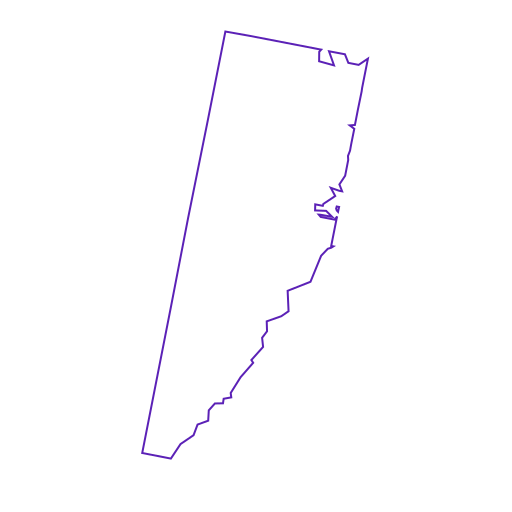 the district of Jefferson, Colorado, United States of America, rotated 11°
{"feature_id": "52423323B54822682121857", "entity_name": "Jefferson", "entity_type": "district", "adm_level": 2, "iso_a3": "USA", "parent_name": "United States of America", "parent_adm1": "Colorado", "projection": "orthographic", "projection_center": [-105.138, 39.522], "detail": "fine", "context": "isolated", "style": "outline", "palette": "violet", "viewbox_px": 512, "rotation_deg": 11, "n_neighbors": 0, "source": "geoboundaries", "source_scale": "gbopen_adm2", "svg_char_len": 1112}
<svg xmlns="http://www.w3.org/2000/svg" viewBox="0 0 512 512"><g transform="rotate(11 256 256)"><path d="M328.1,108.5L328.1,92.6L328.3,74.4L328.1,70.7L328.2,40.9L320.3,48.8L309.8,48.8L304.8,41.0L288.6,41.1L296.2,54.0L280.8,52.8L279.1,43.5L280.6,41.0L207.6,41.1L183.1,41.5L182.8,132.4L182.1,231.7L182.2,322.1L181.9,471.1L210.5,471.1L211.1,471.1L217.8,455.0L228.9,443.8L230.8,432.6L240.5,426.8L239.1,416.5L243.8,408.6L251.7,406.9L251.5,402.3L258.7,399.5L257.3,395.3L264.0,377.9L273.6,361.4L271.3,359.0L280.3,343.9L277.6,335.1L281.2,327.8L279.0,318.1L292.3,310.3L298.5,304.0L293.7,284.1L314.4,270.9L319.9,243.3L325.1,235.2L328.3,233.5L330.1,231.8L327.9,231.8L328.0,204.5L328.1,201.7L326.2,205.3L312.1,205.3L309.7,203.4L311.3,203.2L323.2,203.0L316.2,198.3L305.3,200.0L304.3,194.0L312.0,194.0L312.2,192.0L322.3,182.0L316.4,174.8L325.3,176.1L328.2,176.1L324.2,169.8L328.2,160.2L328.2,156.2L328.2,144.2L327.2,140.2L328.2,134.7L328.1,127.9L328.2,112.4L323.1,109.9L328.1,108.5ZM328.1,197.0L328.1,195.9L328.2,192.0L325.8,192.0L325.6,194.2L326.6,195.9L328.1,197.0Z" fill="none" stroke="#5b21b6" stroke-width="2"/></g></svg>